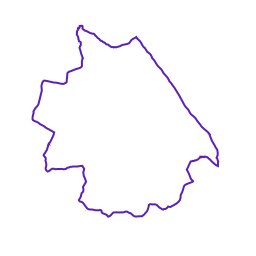 outline of Sumbawanga Urban, Rukwa, United Republic of Tanzania, rotated 12°
{"feature_id": "72390352B60773938386935", "entity_name": "Sumbawanga Urban", "entity_type": "district", "adm_level": 2, "iso_a3": "TZA", "parent_name": "United Republic of Tanzania", "parent_adm1": "Rukwa", "projection": "orthographic", "projection_center": [31.593, -7.975], "detail": "fine", "context": "isolated", "style": "outline", "palette": "violet", "viewbox_px": 256, "rotation_deg": 12, "n_neighbors": 0, "source": "geoboundaries", "source_scale": "gbopen_adm2", "svg_char_len": 5519}
<svg xmlns="http://www.w3.org/2000/svg" viewBox="0 0 256 256"><g transform="rotate(12 128 128)"><path d="M94.9,208.7L95.8,209.6L96.5,209.9L97.1,209.9L98.3,210.0L99.1,210.3L100.8,211.6L101.8,212.6L102.9,213.5L104.9,215.2L106.1,215.6L107.6,215.7L109.1,215.3L110.6,215.2L111.7,215.1L112.6,215.2L113.5,215.2L114.9,214.9L116.3,214.7L117.5,214.0L119.1,214.2L119.5,215.0L119.9,216.0L120.9,216.6L121.9,216.8L124.0,217.1L125.0,217.4L126.1,218.0L126.7,218.7L127.6,218.7L128.9,217.4L129.6,216.5L130.1,215.6L130.5,214.7L130.9,214.1L131.8,213.5L134.7,212.8L136.4,212.6L137.8,212.2L138.8,211.9L139.6,211.9L140.6,211.6L141.5,211.2L142.5,210.6L143.5,210.1L144.5,210.0L145.4,210.3L146.4,210.7L147.5,210.8L148.5,210.9L149.0,211.2L151.6,212.7L152.5,213.0L154.0,213.0L156.7,212.2L157.8,211.9L160.0,211.4L160.7,210.7L161.2,209.9L161.9,209.2L162.4,208.2L163.0,207.0L163.7,205.9L164.1,204.8L164.3,203.2L164.5,201.9L164.5,200.3L164.5,198.8L165.5,197.9L167.0,197.7L168.3,197.6L169.3,197.3L170.4,197.1L171.6,197.1L172.7,197.7L173.5,198.2L174.6,198.9L175.6,199.4L177.5,200.0L178.5,200.5L179.4,200.5L179.8,200.0L180.5,199.5L181.3,199.5L182.2,198.8L183.1,197.5L183.6,196.5L184.7,196.5L185.5,196.5L186.2,196.3L187.0,195.3L188.4,194.3L189.8,193.0L191.1,191.9L192.3,190.3L192.9,189.4L193.7,187.9L193.9,185.3L193.5,182.7L193.9,181.0L194.4,179.2L194.5,177.8L194.7,176.2L194.8,174.1L195.1,172.6L196.1,171.4L198.3,169.8L201.5,167.8L202.7,166.8L202.2,166.0L200.7,165.3L199.6,164.0L198.2,161.7L196.3,159.0L194.8,157.3L194.1,156.4L194.4,155.6L194.9,153.8L195.3,151.5L195.9,149.2L196.0,148.4L196.3,147.7L196.8,147.5L197.5,147.2L198.0,146.7L198.8,146.7L199.5,146.5L199.9,145.9L200.7,145.7L201.8,145.1L202.8,144.3L203.5,143.4L203.9,142.8L204.5,142.0L204.8,141.8L205.1,141.7L204.8,141.0L205.4,140.8L205.8,140.8L206.3,141.1L206.7,140.7L207.2,140.5L207.6,140.8L208.0,140.6L208.3,140.6L208.7,140.5L209.0,140.0L210.3,140.0L211.0,139.9L211.5,140.3L212.1,140.3L213.1,141.0L214.7,141.8L217.8,143.9L221.5,145.9L223.5,146.4L223.9,146.5L223.8,145.8L223.6,145.1L223.3,143.7L223.2,142.2L221.7,139.5L220.8,138.7L221.3,136.4L221.2,135.0L221.2,134.7L220.6,132.7L219.8,130.7L217.7,128.7L215.6,126.1L213.3,123.7L211.8,121.7L210.6,119.8L208.7,116.9L208.2,116.5L208.3,116.5L207.1,115.5L203.2,113.4L200.2,111.7L199.0,110.7L198.3,110.0L196.2,108.3L194.1,106.5L191.6,104.1L189.0,102.6L186.9,101.6L186.1,100.9L185.9,100.7L185.6,100.4L183.0,97.4L180.7,95.9L179.0,94.5L174.9,89.7L170.7,84.8L169.2,83.3L167.5,81.5L166.6,80.6L165.4,79.3L162.9,77.1L160.4,74.8L158.9,73.8L157.9,72.4L156.1,70.4L153.5,68.5L151.4,67.0L149.9,65.3L148.3,63.7L147.2,63.0L145.6,62.0L144.1,61.0L142.7,59.7L140.6,57.4L138.5,55.5L137.0,54.5L136.4,53.3L135.6,52.3L134.6,51.3L133.8,50.8L132.3,50.0L131.1,49.6L127.7,46.1L126.7,45.8L124.7,44.0L124.1,43.2L123.9,43.1L123.6,42.4L122.0,40.9L121.3,40.3L120.3,39.8L119.5,39.2L119.3,39.1L118.7,38.9L117.1,37.3L116.0,38.6L115.1,39.2L114.2,40.0L113.0,41.3L112.2,43.2L111.9,44.1L111.3,44.9L109.8,46.0L108.4,46.6L107.1,47.2L105.5,47.7L104.3,48.6L103.5,49.4L102.0,50.3L100.8,50.8L99.4,51.6L98.2,51.7L98.0,51.8L98.0,51.7L97.4,51.8L97.0,51.9L96.7,51.9L95.0,52.3L94.1,51.9L92.4,51.3L91.8,50.8L91.0,50.6L89.7,50.6L88.8,50.4L88.1,49.8L87.4,49.3L86.6,49.3L85.7,49.0L84.9,48.7L84.1,48.2L83.1,48.3L82.3,47.8L81.4,46.9L80.6,46.6L79.6,46.2L78.6,45.5L77.7,44.8L76.6,44.3L75.7,43.2L74.6,42.9L74.1,43.1L72.8,43.1L71.9,43.0L70.6,42.8L69.3,42.4L67.9,42.0L66.8,41.8L65.5,41.7L64.6,41.2L63.6,40.8L62.9,40.3L62.7,38.9L62.1,37.6L61.0,37.8L60.9,37.8L60.4,37.9L60.1,38.0L59.6,38.2L59.8,38.9L59.8,39.3L59.7,39.7L59.6,40.2L59.0,40.3L58.5,40.3L58.4,40.7L58.3,40.9L58.3,41.0L58.8,41.4L58.9,41.8L58.7,42.3L58.5,42.7L58.4,42.9L58.3,43.1L58.1,43.6L58.1,43.9L58.1,44.7L58.2,44.9L58.1,45.0L58.3,45.7L58.4,45.9L58.4,46.1L58.4,46.5L58.4,46.8L58.4,47.0L58.6,47.5L59.1,47.8L59.6,48.4L59.7,48.5L60.3,49.5L60.6,49.9L60.6,50.2L60.9,50.7L61.0,51.5L61.6,52.2L61.8,52.7L62.0,53.3L62.6,53.4L63.3,53.6L63.7,53.7L64.0,54.0L64.1,54.8L64.4,55.6L64.6,56.3L64.5,57.1L64.1,57.8L64.1,58.2L64.0,58.5L64.0,59.2L63.9,59.6L64.4,60.6L64.7,61.1L64.8,61.2L65.4,62.1L66.4,64.5L67.4,66.0L69.0,68.6L68.9,68.6L69.1,69.6L69.1,70.0L69.0,70.6L69.1,71.8L69.1,73.0L69.4,73.9L69.6,75.1L69.7,75.4L69.9,76.0L70.0,76.5L70.0,77.4L69.3,78.5L68.4,79.3L66.2,80.5L64.9,81.2L63.3,82.2L61.3,83.6L58.7,85.2L57.8,86.1L57.4,86.9L57.3,87.6L57.7,89.0L57.8,90.8L58.1,93.5L58.4,95.9L57.8,96.7L56.0,98.2L53.7,98.6L50.7,98.6L48.0,98.6L46.0,99.0L42.5,98.9L37.2,98.9L36.0,99.1L35.3,99.9L34.8,101.4L34.7,102.4L34.6,105.1L35.3,107.2L35.9,109.3L35.9,110.4L35.8,112.8L35.7,116.5L35.5,122.0L35.4,123.6L34.5,125.9L33.4,127.6L32.4,130.3L32.1,131.8L32.6,132.8L32.4,134.5L32.4,137.2L32.8,139.2L33.3,140.0L35.4,140.7L38.3,141.1L40.9,142.4L45.1,143.6L48.6,145.2L51.0,145.8L52.2,146.3L52.6,146.3L53.4,146.6L54.6,146.9L56.0,147.5L56.7,147.6L56.6,150.5L55.2,156.4L54.7,158.4L53.8,159.4L53.7,160.2L53.8,160.3L53.7,160.3L53.4,161.6L53.6,162.6L53.5,163.1L53.2,166.5L52.8,167.3L52.3,169.0L51.7,170.4L51.2,171.5L51.2,172.5L52.2,173.2L53.7,174.4L54.0,175.6L54.0,177.0L54.6,178.1L55.3,179.6L55.8,180.9L55.9,182.7L55.8,184.1L56.1,185.5L57.3,186.8L58.5,187.2L59.8,186.5L60.8,185.1L62.4,183.5L64.4,183.3L65.8,183.4L67.5,182.8L68.8,182.5L70.3,182.2L71.8,181.7L73.6,181.8L76.0,180.8L76.8,179.6L78.6,178.8L79.9,177.9L81.4,177.5L82.1,177.1L85.8,176.4L91.1,174.5L93.6,177.0L93.5,180.7L94.7,184.0L96.2,186.0L98.2,189.3L97.3,191.8L96.2,195.3L97.1,196.9L97.4,199.0L96.9,200.6L96.2,201.3L96.1,202.7L96.1,205.1L95.6,206.7L95.1,208.2L94.9,208.7Z" fill="none" stroke="#5b21b6" stroke-width="2"/></g></svg>